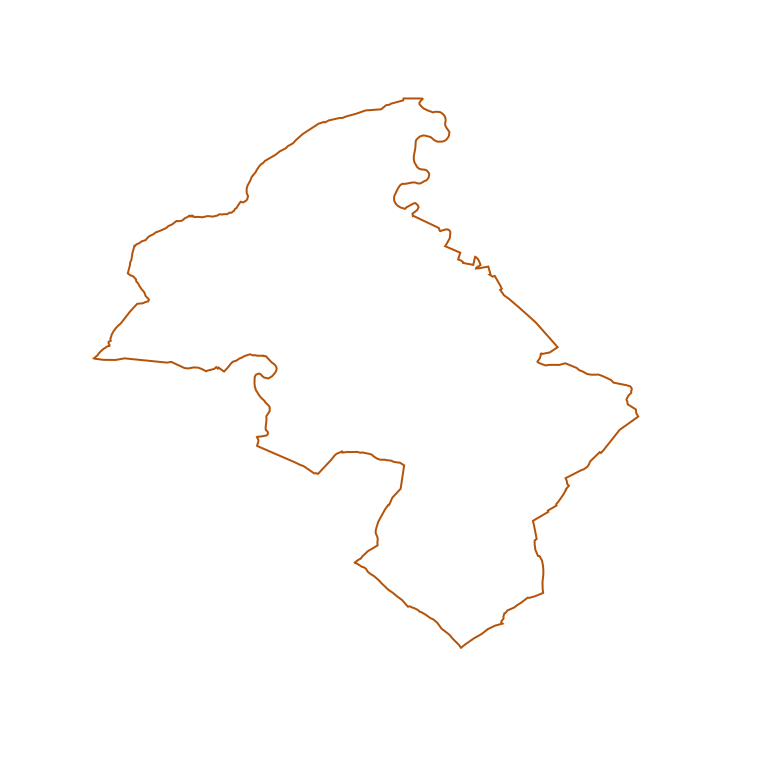 the district of Sercaia, Brasov, Romania, rotated 322°
{"feature_id": "2599482B18574543528453", "entity_name": "Sercaia", "entity_type": "district", "adm_level": 2, "iso_a3": "ROU", "parent_name": "Romania", "parent_adm1": "Brasov", "projection": "natural_earth1", "projection_center": [25.127, 45.831], "detail": "fine", "context": "isolated", "style": "outline", "palette": "amber", "viewbox_px": 768, "rotation_deg": 322, "n_neighbors": 0, "source": "geoboundaries", "source_scale": "gbopen_adm2", "svg_char_len": 6166}
<svg xmlns="http://www.w3.org/2000/svg" viewBox="0 0 768 768"><g transform="rotate(322 384 384)"><path d="M539.8,479.6L539.0,479.0L533.9,476.9L526.3,470.9L522.6,468.7L519.9,464.3L518.6,461.6L518.6,460.9L518.9,460.7L522.3,459.8L525.2,457.9L525.6,457.1L526.4,456.7L527.1,457.1L527.5,457.9L534.1,461.2L543.5,461.9L541.5,429.0L537.8,408.2L534.9,393.9L533.2,388.1L533.5,381.3L535.5,381.5L536.3,377.6L537.8,367.0L535.7,366.3L534.5,362.9L535.4,363.2L538.5,355.7L530.1,351.3L527.6,349.6L528.0,349.3L529.4,349.2L533.2,349.7L533.9,348.2L535.0,343.5L534.4,340.2L534.1,339.8L527.7,345.1L520.9,337.4L521.4,336.9L520.7,334.2L519.1,331.5L524.9,327.5L517.0,313.0L519.5,312.2L525.6,309.6L529.8,305.2L530.1,303.2L530.0,302.5L528.7,300.7L525.4,299.2L522.4,298.2L522.3,297.0L522.8,296.3L523.2,294.7L510.9,270.1L510.1,269.6L511.3,267.3L517.2,267.4L520.2,265.9L520.7,264.3L520.2,260.9L518.9,260.0L510.3,258.6L508.4,258.9L505.6,254.9L504.5,251.8L504.3,249.9L504.5,247.4L505.0,245.7L506.5,243.5L507.7,242.3L515.1,238.6L518.6,237.4L520.2,237.3L521.7,237.6L524.2,239.5L530.5,242.7L533.0,244.8L533.8,246.4L535.3,247.8L536.5,248.4L540.6,249.0L542.8,249.6L544.8,249.3L546.2,248.8L548.6,246.8L549.2,245.7L549.3,243.9L549.1,242.1L548.5,240.7L545.5,237.8L544.1,235.7L543.7,233.4L544.5,227.9L546.0,225.0L548.0,222.6L553.8,217.5L558.5,212.2L560.1,211.4L564.4,211.0L567.7,212.1L569.3,213.6L572.7,218.0L573.8,222.8L574.5,224.7L576.2,226.7L579.4,229.0L581.9,229.8L583.8,229.8L587.0,228.9L588.3,228.1L590.7,225.7L591.0,220.3L591.4,218.2L592.4,216.5L594.6,214.6L595.9,212.7L596.5,211.2L596.8,208.5L596.0,205.1L595.1,203.7L592.1,201.1L589.5,199.9L589.1,198.8L587.3,196.1L585.0,191.6L584.6,189.9L584.2,186.3L584.4,185.0L585.0,184.2L586.8,183.6L589.9,183.2L589.8,182.5L575.2,171.0L573.7,172.3L562.3,167.5L559.8,167.1L558.0,165.9L556.9,165.6L550.9,165.8L537.9,157.1L528.0,153.7L519.0,149.9L514.9,148.7L513.1,147.2L502.8,142.3L498.9,141.6L498.3,141.3L498.2,140.6L492.7,138.6L473.9,137.0L465.3,137.5L460.5,138.3L454.2,137.3L453.1,137.7L451.2,137.7L445.3,136.5L439.8,136.6L427.5,134.9L424.2,135.5L423.1,135.1L420.5,135.4L415.7,136.9L413.4,138.0L407.4,139.3L403.6,141.5L398.9,143.5L396.1,145.4L393.3,149.1L392.5,152.3L389.7,154.4L387.9,154.6L384.8,154.2L383.2,152.1L378.4,153.6L375.9,154.6L374.7,154.2L372.7,155.1L369.3,155.1L367.5,153.8L364.9,153.6L362.6,151.7L360.8,150.8L359.0,149.0L356.2,148.6L352.0,146.6L348.6,143.2L343.4,140.7L340.0,137.5L338.0,136.3L336.8,134.8L337.1,134.8L337.2,134.5L336.7,133.4L335.5,132.5L334.7,132.9L334.3,132.5L334.2,131.7L333.9,131.4L332.2,131.5L329.3,130.8L325.3,130.9L322.2,129.1L320.9,127.8L315.4,127.8L311.3,126.8L308.3,127.0L301.4,125.3L297.5,124.0L294.5,124.0L289.8,123.0L287.3,123.2L285.4,123.8L284.3,123.7L281.2,122.5L277.9,122.3L274.8,121.6L272.8,122.0L272.5,121.4L266.1,126.2L261.2,130.8L258.9,131.9L257.0,133.9L250.2,139.1L251.1,142.3L252.6,144.7L253.0,148.8L252.1,150.3L251.9,151.3L252.2,153.1L251.7,155.7L251.3,160.6L251.6,163.4L251.1,165.7L250.3,168.0L250.8,172.1L250.7,172.8L250.0,173.2L249.1,173.7L246.3,172.5L243.6,171.9L239.0,168.9L238.0,169.0L228.2,170.6L213.9,174.2L209.9,174.4L207.0,174.9L202.6,176.2L199.3,177.7L198.4,178.6L196.4,179.7L195.3,181.7L193.0,181.2L192.0,182.4L191.7,184.3L191.1,185.0L189.6,184.1L183.3,183.6L178.3,184.2L176.0,185.0L171.2,185.2L171.8,186.2L178.0,192.4L187.3,199.8L195.4,204.1L226.2,233.6L229.9,235.5L236.8,248.9L239.3,251.2L244.3,253.8L247.7,256.8L249.7,260.1L251.7,264.5L253.0,264.7L259.5,267.6L262.2,267.4L262.5,269.5L263.7,269.1L265.6,275.7L271.0,274.9L276.6,273.5L279.0,273.5L282.1,274.7L285.8,274.9L288.3,275.7L291.2,276.1L296.1,277.8L296.9,278.4L298.5,281.0L299.7,281.5L301.8,283.9L306.5,287.6L306.5,288.0L308.0,289.3L308.8,297.8L309.8,301.4L309.7,304.0L308.8,305.8L307.6,306.9L305.9,307.8L303.7,308.4L300.6,309.0L296.2,308.4L293.5,305.1L292.9,302.3L292.8,300.3L291.8,298.7L288.8,297.8L286.4,298.9L282.5,303.5L280.6,306.6L279.3,310.0L278.6,316.9L278.7,319.5L279.4,323.5L279.2,325.1L279.8,329.7L279.7,331.8L277.3,334.9L271.4,337.0L269.3,340.0L264.0,345.3L262.6,347.4L262.9,349.9L262.7,350.8L261.6,351.9L260.6,352.2L259.3,352.0L254.3,349.4L252.1,347.8L251.2,347.6L250.5,351.0L249.3,352.2L246.2,354.3L245.9,354.8L265.7,391.1L268.0,395.9L270.1,399.2L274.0,411.6L275.5,412.4L276.7,414.2L295.8,411.2L301.2,409.9L303.7,409.8L308.7,411.2L310.3,411.2L308.7,411.7L309.0,412.5L313.4,415.0L314.2,415.9L321.2,421.1L322.9,423.5L324.8,424.6L329.4,430.0L330.8,432.0L331.4,435.2L332.7,438.7L334.1,440.9L334.8,441.7L338.0,444.1L339.1,445.6L342.7,449.0L343.2,450.4L344.0,451.6L346.9,454.8L348.0,455.5L349.8,460.5L332.6,476.8L320.6,478.7L314.3,482.1L313.1,482.4L312.9,481.9L307.8,483.4L294.7,489.0L289.1,492.9L286.5,495.1L285.4,497.1L284.5,500.7L283.4,502.6L281.3,504.7L279.6,507.2L268.3,505.8L260.7,506.5L258.1,507.3L256.1,506.8L251.0,506.7L251.0,507.4L252.1,508.8L254.1,514.5L255.2,515.9L255.8,517.5L256.0,519.5L255.6,521.7L256.4,525.4L257.9,529.4L259.1,535.6L259.4,539.7L260.8,549.1L262.3,553.6L263.7,560.0L265.2,565.1L265.8,574.3L267.4,575.0L268.8,577.8L269.9,579.4L271.8,583.4L271.8,585.2L273.0,586.9L274.9,591.8L276.5,597.3L277.6,599.1L278.1,600.6L279.0,605.0L278.7,612.2L280.7,619.8L281.3,623.1L281.3,626.6L282.4,635.5L282.3,639.3L288.2,639.2L298.3,639.8L306.9,641.1L315.0,641.1L322.8,642.8L329.9,645.8L329.5,644.1L330.6,643.2L334.0,642.3L334.8,640.9L337.7,638.8L338.4,639.2L339.4,639.1L341.8,638.4L349.0,640.3L353.6,640.3L357.3,640.8L365.7,640.8L366.7,641.9L372.2,644.2L380.8,646.6L382.7,643.4L387.0,637.6L391.9,632.6L394.6,629.3L397.4,625.1L399.9,620.2L400.6,615.4L399.5,614.3L401.2,607.8L404.0,603.1L406.3,600.1L408.9,600.1L415.3,587.5L417.1,583.5L434.8,585.9L435.2,584.6L445.1,586.0L445.7,584.7L448.9,584.1L457.3,581.5L462.3,579.4L462.3,579.0L467.1,578.0L466.8,575.6L468.3,573.1L469.1,570.0L487.3,573.5L488.7,574.2L493.5,574.4L496.2,573.4L498.9,571.9L512.1,570.5L512.5,571.9L515.7,571.4L541.5,565.2L564.3,566.2L564.8,562.4L566.8,559.1L563.5,550.0L564.8,547.9L565.5,545.5L569.5,543.6L573.3,543.2L574.4,541.8L576.0,540.8L576.7,539.2L576.5,537.3L574.7,534.7L565.7,524.2L565.3,520.4L561.1,512.3L558.8,508.6L553.4,504.6L550.2,501.2L548.4,496.7L546.3,493.2L545.8,490.1L539.8,479.6Z" fill="none" stroke="#b45309" stroke-width="2"/></g></svg>